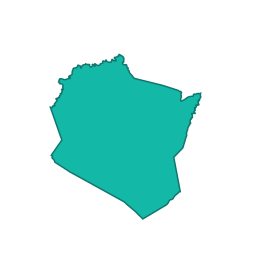 outline of La Labor, Ocotepeque, Honduras, rotated 317°
{"feature_id": "27666195B71632496314223", "entity_name": "La Labor", "entity_type": "district", "adm_level": 2, "iso_a3": "HND", "parent_name": "Honduras", "parent_adm1": "Ocotepeque", "projection": "mercator", "projection_center": [-89.012, 14.495], "detail": "fine", "context": "isolated", "style": "filled", "palette": "teal", "viewbox_px": 256, "rotation_deg": 317, "n_neighbors": 0, "source": "geoboundaries", "source_scale": "gbopen_adm2", "svg_char_len": 5648}
<svg xmlns="http://www.w3.org/2000/svg" viewBox="0 0 256 256"><g transform="rotate(317 128 128)"><path d="M53.2,95.6L53.5,96.8L53.5,97.1L53.4,97.3L53.2,97.5L52.7,97.6L52.4,97.7L52.1,98.1L52.0,98.7L52.2,99.9L52.1,100.8L51.8,102.0L51.2,103.1L55.6,120.6L74.7,178.9L75.0,181.0L75.2,184.4L75.9,189.5L76.1,191.0L76.5,194.8L76.5,198.8L76.7,200.3L76.8,202.4L76.8,204.6L103.8,210.4L104.9,210.4L105.7,210.3L108.1,209.5L109.3,209.2L109.9,209.3L110.6,209.8L111.2,210.1L112.5,210.4L113.3,210.3L114.1,209.9L114.7,209.7L116.7,209.5L117.7,209.5L119.5,209.8L121.0,209.6L121.5,209.6L122.1,209.8L122.8,210.2L141.5,180.6L154.6,179.9L164.3,174.2L164.9,174.0L165.5,173.7L165.9,173.4L166.3,172.9L166.6,172.5L166.8,171.8L167.0,171.6L167.3,171.4L167.8,171.4L168.1,171.3L168.7,170.6L169.1,170.4L169.7,170.3L172.3,168.5L173.8,167.9L174.7,167.9L175.1,167.8L175.3,167.7L175.6,167.3L175.9,167.1L176.3,167.1L176.8,167.3L177.1,167.2L177.3,166.9L177.2,166.4L177.3,166.1L177.7,165.9L178.0,165.4L178.2,165.2L179.2,164.5L180.0,164.2L180.2,164.3L180.4,164.6L180.7,164.6L180.9,164.5L181.2,164.1L181.5,163.9L181.8,164.0L182.2,164.2L182.4,164.1L183.1,163.4L184.4,160.9L184.6,160.9L184.7,161.0L184.6,161.5L184.7,161.8L185.1,161.9L185.5,161.7L185.8,161.8L187.0,163.0L187.3,162.5L187.2,161.6L187.4,161.2L187.7,161.0L188.1,160.8L188.3,160.8L188.6,161.0L188.9,161.0L189.1,160.8L189.1,160.4L189.3,160.1L189.5,160.0L189.9,160.1L190.1,160.0L190.2,159.8L190.0,159.3L190.0,159.1L190.2,158.9L190.4,158.7L190.6,158.6L190.8,158.7L190.8,158.9L190.8,159.2L191.0,159.4L192.3,159.1L192.5,159.0L192.6,158.5L192.9,157.9L193.1,157.7L193.3,157.6L193.5,157.7L193.5,158.1L193.7,158.4L194.3,158.8L194.6,158.9L194.9,158.5L195.0,158.4L195.3,158.4L195.4,158.6L195.3,159.0L195.4,159.3L195.6,159.3L195.9,159.1L196.1,158.5L196.7,157.0L196.8,156.9L197.2,157.0L197.5,157.0L197.7,156.7L197.7,156.2L197.9,156.0L198.2,155.8L198.4,155.9L198.6,156.0L198.9,156.4L199.2,156.5L199.4,156.4L199.6,156.2L199.6,155.7L201.0,155.4L202.2,155.1L202.4,154.9L202.8,154.1L203.4,153.3L204.0,152.7L204.8,152.1L204.3,151.9L203.8,151.7L202.9,150.6L202.3,150.2L201.8,149.9L200.7,149.6L200.3,149.3L200.0,149.1L199.7,148.5L199.3,148.2L199.0,148.2L198.7,148.2L198.5,148.4L198.0,148.9L197.8,149.0L197.4,149.0L196.7,148.7L195.2,147.5L192.8,146.3L192.0,146.1L189.9,146.0L188.0,145.6L186.1,145.0L185.3,144.7L185.1,144.4L185.1,144.1L185.1,143.9L185.9,143.1L186.8,142.4L188.1,141.7L188.6,141.3L189.0,140.8L189.4,139.9L189.7,139.4L190.2,139.1L190.9,138.9L191.2,138.7L191.4,138.4L191.5,138.0L191.3,137.0L190.7,136.3L190.4,135.5L190.3,134.7L182.6,120.8L166.7,96.4L166.7,96.1L166.4,95.7L166.3,95.4L166.3,94.8L166.7,93.4L166.7,89.8L166.9,88.4L167.1,87.8L167.6,87.2L167.8,86.8L167.8,86.4L167.7,85.7L167.8,85.2L168.1,84.9L168.7,84.6L168.9,84.3L169.0,83.8L168.7,83.3L168.7,82.9L168.9,82.5L169.5,81.8L169.8,81.3L169.9,80.7L169.8,80.4L169.7,80.2L168.8,79.8L168.2,79.0L167.9,78.3L168.0,77.5L168.3,76.8L168.8,76.4L169.2,76.4L169.5,76.7L169.7,76.8L169.8,76.8L170.1,76.6L170.5,76.1L171.1,75.3L171.7,75.1L172.1,74.7L172.6,73.9L172.9,72.9L172.9,72.3L172.6,70.8L172.1,69.2L171.8,68.4L171.5,68.1L170.6,68.9L170.4,69.0L169.9,68.6L168.6,68.4L167.6,68.2L167.4,68.0L166.6,67.4L166.3,67.2L166.1,67.2L165.9,67.3L165.8,67.5L165.6,68.3L165.5,68.9L165.7,69.8L165.6,70.2L165.4,70.5L165.0,70.5L164.6,70.2L163.8,69.4L163.5,69.2L163.3,69.0L163.2,68.5L163.5,68.1L163.5,67.8L163.4,67.4L163.1,67.0L162.8,67.0L162.6,67.1L161.6,67.8L160.4,68.3L160.1,68.2L159.5,67.4L158.4,66.3L158.1,65.9L158.0,64.7L158.3,63.7L158.3,63.4L158.1,63.3L157.8,63.3L157.5,63.6L157.2,63.7L156.6,63.7L156.3,63.5L156.1,63.2L156.0,62.6L155.8,62.3L155.6,62.1L155.3,62.0L155.0,62.1L154.7,62.2L154.5,62.4L154.2,63.0L153.7,63.2L153.1,63.1L152.3,62.5L151.8,62.3L151.1,62.3L150.3,62.7L149.7,62.6L148.9,62.0L148.3,61.0L147.9,60.0L147.9,58.9L147.6,58.5L147.4,58.5L147.1,58.6L147.1,58.8L147.1,59.4L146.8,59.8L146.4,60.0L145.8,60.1L145.7,60.0L145.7,59.8L145.9,59.0L145.8,58.0L145.7,57.5L145.5,57.3L145.3,57.3L145.1,57.3L144.6,58.1L144.4,58.3L144.1,58.4L143.1,58.4L142.6,58.2L142.4,58.1L142.2,57.8L142.2,57.5L142.3,56.5L142.6,56.0L143.1,55.5L143.1,55.2L142.9,54.9L142.3,54.6L142.0,54.3L141.1,53.1L140.9,52.5L140.7,52.2L140.2,52.5L139.9,52.4L139.5,52.2L139.1,51.8L138.8,51.6L137.5,51.2L136.2,51.5L134.8,52.1L134.5,52.0L134.4,51.7L134.6,51.3L135.0,51.3L135.2,51.2L135.4,51.0L135.5,50.7L135.3,49.9L134.9,49.0L134.6,48.3L134.3,48.0L133.9,48.0L133.3,48.4L132.9,48.6L131.5,48.7L129.9,47.8L128.9,47.2L128.7,47.1L127.3,47.9L125.5,48.8L124.5,49.9L123.5,50.7L123.1,50.7L121.9,50.3L120.5,50.0L120.0,49.9L119.7,49.9L119.5,50.2L119.5,50.6L119.6,50.9L120.1,51.1L120.3,51.5L120.1,51.9L119.9,52.0L119.7,52.1L119.2,51.9L117.2,50.8L115.1,49.9L114.7,49.5L113.5,47.6L112.1,45.7L111.8,45.6L111.0,45.7L110.2,46.0L109.9,46.2L109.6,46.5L109.3,47.0L109.2,47.2L108.9,47.3L108.6,47.2L108.4,49.3L108.6,49.6L109.2,50.0L109.6,50.4L109.8,51.1L109.8,51.9L109.6,52.3L109.4,52.7L108.4,53.4L107.9,53.9L107.7,54.3L107.5,55.0L107.1,55.4L106.9,55.4L106.6,55.4L106.5,55.2L106.4,54.8L106.2,54.6L105.7,54.5L105.4,54.9L105.5,55.2L105.7,55.6L105.7,55.8L105.5,56.0L104.2,56.5L103.2,57.3L102.8,57.5L102.6,57.5L102.4,57.4L102.3,57.0L102.2,56.8L101.8,56.8L101.6,57.0L101.3,57.4L101.1,57.7L100.6,57.8L99.9,57.8L99.5,58.0L99.3,58.2L99.1,58.7L98.8,58.9L98.4,58.8L98.2,58.4L98.0,58.2L97.6,58.1L97.0,58.4L96.6,58.4L96.3,58.2L95.9,57.6L95.6,57.5L95.3,57.5L95.1,57.7L95.0,58.0L95.4,58.5L95.5,58.8L95.4,59.1L95.3,59.3L94.5,59.5L93.3,59.8L90.4,60.3L90.2,60.4L90.1,60.6L90.1,61.2L90.0,61.5L89.8,61.7L89.6,61.8L89.2,61.7L88.7,61.0L88.2,60.7L87.6,60.8L87.0,61.3L86.7,61.4L86.1,61.0L85.8,60.2L85.4,59.8L71.4,91.7L53.2,95.6Z" fill="#14b8a6" stroke="#0f766e" stroke-width="1.5"/></g></svg>